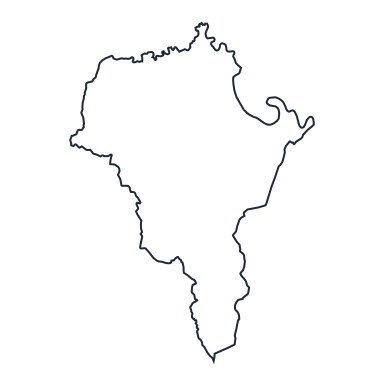 Ayun Pa, Gia Lai, Vietnam
{"feature_id": "81297802B91685830390053", "entity_name": "Ayun Pa", "entity_type": "district", "adm_level": 2, "iso_a3": "VNM", "parent_name": "Vietnam", "parent_adm1": "Gia Lai", "projection": "robinson", "projection_center": [108.411, 13.31], "detail": "fine", "context": "isolated", "style": "outline", "palette": "slate", "viewbox_px": 384, "rotation_deg": 0, "n_neighbors": 0, "source": "geoboundaries", "source_scale": "gbopen_adm2", "svg_char_len": 5879}
<svg xmlns="http://www.w3.org/2000/svg" viewBox="0 0 384 384"><path d="M207.1,23.7L205.2,23.6L205.0,24.6L204.7,24.9L203.5,24.7L202.8,24.9L202.5,24.1L201.9,24.1L201.8,23.2L201.6,23.0L200.3,24.0L199.7,24.0L198.9,25.1L198.9,25.4L199.7,26.1L199.4,26.6L196.9,26.8L195.5,27.8L195.8,29.7L196.4,30.6L196.8,30.8L197.7,30.6L198.2,31.0L198.5,33.7L198.4,34.6L197.6,36.1L195.5,37.2L194.9,37.9L194.5,39.3L194.5,40.6L194.1,41.1L192.7,41.2L192.3,42.7L191.3,43.4L190.4,43.6L190.1,45.9L190.4,47.1L189.3,49.1L188.0,50.3L187.3,50.3L184.9,49.2L179.3,51.7L178.6,50.5L177.5,49.7L177.1,48.6L175.8,47.3L175.0,47.2L174.6,47.6L173.6,49.7L173.1,50.0L172.3,49.6L171.2,47.4L170.0,47.7L168.6,47.7L168.2,48.0L168.0,48.4L169.2,51.8L169.3,52.9L168.9,53.7L167.7,54.3L166.5,54.0L165.3,53.3L164.1,53.5L163.8,51.4L163.5,51.2L162.9,51.4L162.3,51.9L162.1,52.7L163.3,54.7L163.2,55.3L161.0,56.3L159.2,56.2L157.6,55.8L156.5,56.1L156.0,56.8L156.3,59.1L155.8,59.8L155.4,60.0L154.8,59.6L153.8,57.6L152.5,57.2L153.6,55.1L153.5,53.7L153.1,52.8L151.7,51.9L148.4,52.4L147.8,52.6L147.1,53.7L144.4,53.6L141.6,55.2L141.5,55.5L142.2,57.3L142.3,60.6L142.0,61.5L141.0,61.2L140.0,61.7L139.0,61.8L137.3,61.2L135.7,62.0L134.5,62.4L133.6,62.3L132.9,61.9L132.7,61.1L133.5,59.4L133.5,58.5L132.8,57.4L132.0,57.2L129.9,58.5L128.1,58.9L125.8,58.5L124.1,58.8L121.6,58.3L117.8,59.4L116.4,59.5L113.6,58.5L112.7,56.4L111.8,55.7L107.8,57.5L106.3,57.9L102.6,60.2L99.8,62.8L98.9,65.7L98.5,68.5L96.3,74.7L95.6,77.5L93.5,79.1L92.5,81.0L92.0,81.5L87.0,82.7L86.3,83.6L86.1,85.2L86.2,88.3L84.8,92.5L84.8,94.3L83.9,96.3L83.8,98.6L82.6,103.0L82.4,107.6L82.6,109.3L81.3,112.8L83.2,117.5L83.5,119.2L84.0,123.9L83.5,125.7L83.8,127.1L83.2,127.6L82.6,129.1L82.1,129.6L81.0,130.0L79.0,129.8L78.0,130.2L76.8,132.6L76.7,133.7L76.3,134.2L72.7,135.8L71.7,135.8L70.2,140.1L71.1,143.0L71.2,145.3L73.5,146.0L75.1,144.5L75.8,144.4L76.4,144.7L78.9,147.4L79.6,147.7L81.6,146.4L82.1,146.6L86.0,149.6L87.0,150.0L90.4,149.9L93.2,153.6L97.2,154.8L100.2,156.4L102.0,155.5L102.9,155.4L104.3,156.1L108.2,156.1L110.6,154.7L111.5,154.7L111.7,155.3L110.5,159.9L110.1,163.9L110.3,164.2L113.9,164.4L115.1,164.8L118.2,166.9L118.7,167.7L119.2,168.6L119.5,171.3L118.0,174.8L120.3,179.2L121.5,185.5L122.0,185.8L127.5,185.8L128.7,186.3L129.6,187.5L130.3,190.7L130.8,191.9L133.7,192.1L134.6,192.6L135.1,193.2L136.0,195.9L137.9,197.9L140.5,202.3L140.4,202.7L139.8,203.4L138.8,203.3L137.7,202.7L137.1,202.8L136.6,203.3L136.5,204.5L138.1,207.8L138.2,208.7L136.3,211.0L136.1,211.7L137.4,214.4L141.4,220.8L140.9,223.1L141.0,228.1L142.0,232.1L140.6,234.0L141.8,235.5L142.2,237.0L141.7,238.8L140.4,245.2L140.1,247.4L140.2,247.9L141.1,248.5L144.4,248.2L145.6,248.5L149.6,252.9L153.4,258.0L157.2,260.8L158.8,261.4L162.5,261.9L164.7,262.7L166.7,263.1L168.8,263.3L170.1,263.1L171.1,262.5L171.4,260.6L173.8,260.4L175.3,258.4L177.4,257.0L178.0,257.0L179.6,259.3L180.8,259.9L181.6,262.2L182.5,262.5L183.5,266.8L183.7,271.8L184.0,272.9L187.0,274.8L192.1,279.0L194.2,279.9L195.0,280.8L196.1,283.2L195.7,283.7L194.3,284.1L192.6,285.1L192.0,287.7L191.7,291.8L192.0,292.5L194.3,295.0L194.8,298.2L195.1,299.0L196.8,299.8L197.1,300.5L195.6,301.6L193.5,302.6L192.5,303.5L190.3,307.1L190.3,307.9L191.2,310.1L191.2,311.4L192.5,313.5L191.9,315.6L192.0,317.0L192.8,318.5L194.2,319.1L194.6,320.2L195.9,320.2L196.3,320.6L196.4,322.3L195.7,323.3L197.2,325.4L196.7,327.0L196.9,327.7L197.2,328.1L197.8,328.3L198.2,328.8L198.1,329.5L197.2,330.9L197.1,331.8L198.5,337.9L198.9,338.5L200.5,339.7L201.5,341.3L202.1,342.9L202.2,344.8L204.5,347.2L207.3,352.4L208.9,354.5L210.0,355.9L212.4,357.9L213.7,361.0L214.5,356.8L214.6,353.7L227.1,348.2L234.1,344.8L234.7,344.1L235.0,341.0L235.5,338.6L234.8,335.4L236.2,329.7L238.0,320.5L238.4,319.9L238.9,319.7L239.3,319.0L238.9,314.9L238.4,313.4L237.5,311.9L235.7,310.2L235.0,308.6L235.0,305.9L235.4,304.3L236.5,302.1L238.0,300.1L239.3,299.6L242.7,298.9L242.8,298.1L243.3,297.5L247.5,294.3L248.3,292.6L249.1,287.5L247.3,285.6L246.9,284.8L246.0,281.4L243.4,277.9L241.7,276.2L240.5,274.1L240.4,273.5L240.6,272.9L243.0,270.3L244.3,266.3L244.9,261.3L244.4,259.2L244.0,255.3L243.2,253.9L240.0,251.3L239.9,251.0L240.3,249.2L239.8,246.9L239.7,245.1L236.7,241.7L232.9,235.5L233.2,234.8L236.0,231.5L237.5,225.3L239.5,219.7L241.0,217.9L244.4,215.9L243.8,213.8L244.1,212.3L247.5,209.5L258.5,207.4L265.6,205.3L266.7,202.5L271.5,186.8L275.3,176.6L278.2,167.8L278.6,166.6L280.2,165.1L282.1,162.4L283.2,159.3L284.6,153.4L284.8,152.2L284.5,149.3L286.0,145.9L289.7,141.4L290.1,141.4L291.6,142.6L292.9,142.5L293.9,144.1L294.3,144.1L296.1,141.7L301.5,138.2L302.3,137.1L303.2,134.6L308.2,129.4L312.0,126.4L313.8,124.6L313.6,121.1L313.0,118.7L312.6,117.9L311.9,117.1L311.2,116.8L310.1,116.8L308.8,117.6L306.9,120.0L305.0,124.9L303.6,127.2L302.5,127.7L300.8,127.4L299.7,126.1L299.0,124.6L296.9,116.5L294.8,111.9L293.9,111.0L292.7,110.4L291.3,110.6L289.4,111.6L288.7,111.6L287.5,110.9L286.1,108.7L285.4,106.6L283.3,102.3L282.2,101.0L279.4,98.9L276.4,97.6L275.0,97.3L269.8,97.8L268.7,98.3L267.8,99.4L266.8,101.5L266.7,102.6L267.1,103.5L269.8,105.4L275.6,106.4L277.6,108.0L278.7,109.9L279.2,113.5L278.7,118.3L278.4,119.1L276.9,120.9L273.9,123.3L270.6,124.7L268.1,124.7L266.8,124.3L263.9,122.9L258.0,118.7L255.8,117.6L253.3,116.8L248.9,114.4L247.0,112.9L243.8,109.8L236.5,97.1L234.3,90.1L233.4,83.8L233.1,79.7L233.3,77.3L234.5,76.0L238.9,73.5L239.5,72.7L241.0,67.9L236.3,63.6L235.8,62.8L234.8,59.6L233.2,56.5L233.5,54.9L234.3,53.6L234.3,52.2L233.8,51.6L233.0,51.2L229.4,51.6L228.0,51.5L227.3,51.1L226.5,49.9L226.1,46.6L225.7,45.1L224.4,44.0L222.3,43.3L221.3,43.5L220.2,44.7L219.7,47.5L219.1,48.9L218.5,49.7L217.6,50.3L216.8,50.5L216.1,50.3L215.3,49.8L213.1,46.7L211.9,45.7L211.1,44.2L211.3,42.5L214.0,41.1L214.3,40.6L214.6,39.3L214.4,38.5L213.2,37.6L207.6,38.4L206.7,37.6L206.2,36.6L205.6,34.3L205.7,33.1L206.5,30.5L207.6,28.4L208.0,26.8L207.9,25.5L207.1,23.7Z" fill="none" stroke="#1e293b" stroke-width="2"/></svg>